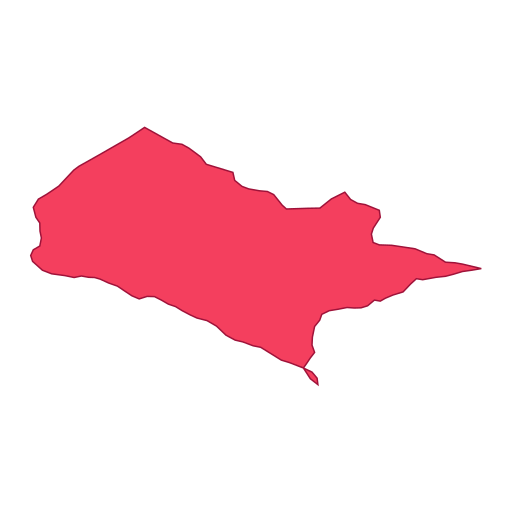 Quixaba, Paraíba, Brazil (orthographic projection)
{"feature_id": "56859067B6462044474109", "entity_name": "Quixaba", "entity_type": "district", "adm_level": 2, "iso_a3": "BRA", "parent_name": "Brazil", "parent_adm1": "Paraíba", "projection": "orthographic", "projection_center": [-37.12, -7.046], "detail": "fine", "context": "isolated", "style": "filled", "palette": "rose", "viewbox_px": 512, "rotation_deg": 0, "n_neighbors": 0, "source": "geoboundaries", "source_scale": "gbopen_adm2", "svg_char_len": 1526}
<svg xmlns="http://www.w3.org/2000/svg" viewBox="0 0 512 512"><path d="M303.4,368.0L307.0,362.9L310.2,358.1L314.6,352.4L312.0,345.1L312.4,337.1L314.6,326.5L319.7,320.2L321.8,314.3L329.2,310.7L338.3,309.2L347.0,307.5L354.3,308.0L361.1,307.8L367.6,305.8L374.4,300.1L380.3,301.1L385.4,298.2L393.0,295.0L403.1,291.9L410.6,284.0L416.4,278.7L422.7,279.7L436.0,277.3L445.5,276.3L453.2,274.3L462.5,271.5L471.8,270.2L481.3,268.6L462.5,264.1L455.0,262.8L445.5,262.2L434.1,254.9L426.8,253.7L415.1,248.8L391.7,245.3L379.3,244.9L373.1,242.5L371.4,234.1L373.3,228.1L380.3,217.3L379.3,210.3L365.2,204.6L357.5,203.3L350.6,199.5L344.8,192.2L331.4,198.9L319.9,208.1L307.8,208.3L286.4,209.0L282.2,205.2L273.7,194.6L267.4,191.5L259.5,190.8L248.7,188.9L242.0,186.4L234.7,180.4L232.9,172.4L206.3,164.3L200.6,156.8L189.0,148.2L182.0,144.3L172.7,143.0L144.6,127.4L128.8,137.9L98.8,155.1L78.9,166.3L73.8,170.1L58.8,186.1L51.9,190.8L46.5,194.4L38.4,199.1L33.3,207.3L35.9,217.3L39.8,223.0L40.0,231.1L41.4,238.0L39.8,246.0L33.3,249.8L30.7,255.5L32.6,261.4L42.4,270.2L51.6,273.8L64.9,275.6L74.1,277.5L81.4,276.0L88.7,277.3L94.6,277.5L100.1,279.1L108.6,283.0L117.4,286.1L125.4,291.5L131.9,295.8L139.2,298.9L147.1,296.4L154.5,296.6L161.4,300.1L168.3,304.1L175.6,306.6L182.2,310.7L190.2,314.9L196.9,318.0L207.0,320.6L216.5,326.1L226.0,335.2L235.1,340.1L242.8,341.9L253.2,345.8L260.7,347.3L281.3,360.1L289.5,362.6L303.4,368.0ZM317.9,384.6L317.1,378.2L312.0,372.1L303.4,368.0L310.4,378.8L317.9,384.6Z" fill="#f43f5e" stroke="#9f1239" stroke-width="1.5"/></svg>